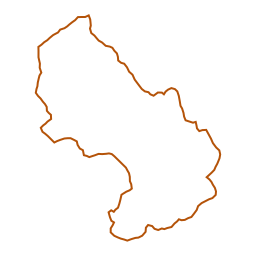 Guararema, São Paulo, Brazil (orthographic projection)
{"feature_id": "56859067B30349189053910", "entity_name": "Guararema", "entity_type": "district", "adm_level": 2, "iso_a3": "BRA", "parent_name": "Brazil", "parent_adm1": "São Paulo", "projection": "orthographic", "projection_center": [-46.062, -23.425], "detail": "fine", "context": "isolated", "style": "outline", "palette": "amber", "viewbox_px": 256, "rotation_deg": 0, "n_neighbors": 0, "source": "geoboundaries", "source_scale": "gbopen_adm2", "svg_char_len": 2348}
<svg xmlns="http://www.w3.org/2000/svg" viewBox="0 0 256 256"><path d="M184.8,219.9L188.2,218.1L191.4,217.0L193.9,213.8L196.7,210.0L198.1,206.1L201.6,203.1L205.5,201.1L209.2,199.2L212.4,198.1L215.7,194.9L216.0,191.4L214.9,187.9L212.8,184.6L211.5,182.0L209.5,179.5L206.7,177.2L209.1,175.0L211.7,172.6L214.3,169.9L215.5,167.0L217.3,163.7L219.5,158.3L220.2,154.4L219.3,150.4L216.2,147.5L212.9,143.1L211.0,138.7L208.5,134.1L206.2,129.9L202.4,130.1L199.3,131.1L197.0,128.4L196.5,125.5L195.7,121.9L193.0,122.7L189.9,121.7L185.6,120.3L184.1,116.6L183.5,112.9L182.1,108.5L180.5,105.8L179.8,101.4L178.8,95.9L177.3,91.4L174.9,89.1L171.4,88.1L168.1,89.6L165.6,91.6L163.9,94.3L161.9,92.6L157.9,92.5L153.6,95.7L150.3,94.3L148.5,92.2L144.9,91.4L141.8,89.0L139.5,86.0L137.1,82.8L134.7,79.6L132.5,74.7L129.1,71.7L127.0,67.3L124.2,63.7L121.1,62.8L118.2,60.5L117.9,56.8L116.9,53.4L114.3,50.7L112.4,47.8L109.8,46.6L105.7,45.8L102.1,42.5L98.7,40.6L96.8,38.4L94.4,35.5L91.3,33.1L90.0,28.6L90.8,25.6L90.5,22.3L90.2,19.4L88.7,15.4L85.2,17.0L81.7,17.0L77.9,17.1L75.2,20.1L72.1,22.3L69.2,24.6L67.2,26.4L64.5,28.2L60.2,29.6L58.0,32.5L55.3,33.9L53.1,35.1L49.6,38.0L47.3,40.2L44.2,42.2L41.5,44.7L38.4,46.9L38.5,50.7L38.5,54.5L38.5,57.3L39.1,60.1L39.9,63.6L39.7,67.8L41.3,72.6L39.5,75.5L38.8,78.2L37.8,82.5L37.4,86.3L36.5,89.0L35.8,92.8L38.0,95.9L40.6,98.5L42.8,101.6L45.0,104.1L46.7,106.9L46.9,110.8L48.7,112.9L50.9,114.8L51.1,119.0L47.5,121.6L45.5,123.7L43.3,125.3L40.8,127.8L42.5,131.8L45.1,133.7L47.8,136.0L54.3,142.5L57.1,141.1L60.2,139.9L64.4,138.5L67.7,138.2L70.6,138.2L74.0,139.9L76.8,141.4L77.6,144.9L79.8,148.5L82.9,150.2L83.9,155.2L86.7,155.9L89.3,157.1L92.3,156.1L95.1,155.2L98.5,153.9L102.2,154.1L106.1,153.8L109.0,153.4L111.8,154.1L114.3,156.2L125.9,167.6L127.6,170.8L129.0,173.2L129.8,176.8L129.9,181.2L131.2,184.2L131.8,188.6L129.6,190.3L126.3,191.7L121.5,194.7L120.4,199.6L119.3,203.8L118.0,207.7L115.4,209.7L113.8,211.8L111.2,210.3L108.6,212.3L110.0,217.3L111.4,220.8L114.0,222.4L112.8,225.0L110.7,228.4L110.7,232.4L114.3,235.8L118.0,237.5L120.8,238.6L124.1,239.5L127.3,240.6L131.4,239.1L135.4,237.9L138.4,237.6L142.2,235.7L145.6,231.8L145.9,227.7L148.1,225.0L152.2,226.1L154.5,228.8L158.2,230.0L161.8,228.5L164.4,229.1L167.3,228.0L171.5,227.0L174.5,223.5L177.1,221.4L178.9,219.3L181.5,220.2L184.8,219.9Z" fill="none" stroke="#b45309" stroke-width="2"/></svg>